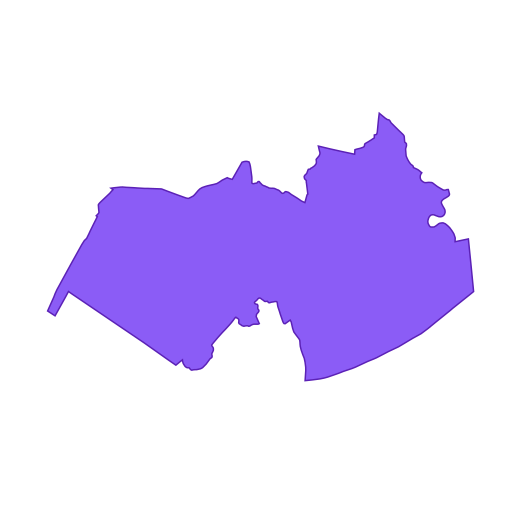 Chau Thanh, Kiên Giang, Vietnam (Mercator projection), rotated 264°
{"feature_id": "81297802B94247950786042", "entity_name": "Chau Thanh", "entity_type": "district", "adm_level": 2, "iso_a3": "VNM", "parent_name": "Vietnam", "parent_adm1": "Kiên Giang", "projection": "mercator", "projection_center": [105.182, 9.959], "detail": "fine", "context": "isolated", "style": "filled", "palette": "violet", "viewbox_px": 512, "rotation_deg": 264, "n_neighbors": 0, "source": "geoboundaries", "source_scale": "gbopen_adm2", "svg_char_len": 6144}
<svg xmlns="http://www.w3.org/2000/svg" viewBox="0 0 512 512"><g transform="rotate(264 256 256)"><path d="M197.9,468.7L226.0,468.9L250.8,469.0L249.4,455.5L251.2,455.7L252.9,456.0L253.8,455.9L257.3,455.1L260.1,453.8L263.9,451.6L266.2,449.7L268.2,447.7L269.0,446.3L269.3,445.8L269.5,444.6L269.4,442.4L269.3,441.9L269.0,441.1L267.2,438.2L266.3,436.3L266.3,435.4L266.4,434.1L266.5,433.1L266.9,432.3L267.8,431.6L269.5,430.9L270.3,430.6L271.2,430.5L272.6,430.5L273.9,430.9L275.6,431.6L276.6,432.2L277.3,432.9L277.9,433.5L278.3,434.2L278.5,434.8L278.6,435.6L278.5,436.4L278.3,437.4L277.5,438.8L276.0,441.9L275.7,443.5L275.8,445.0L276.2,445.9L276.6,446.6L277.2,447.3L277.8,447.8L278.8,448.3L279.6,448.6L280.3,448.7L281.0,448.7L281.7,448.7L282.4,448.6L283.7,448.1L285.9,447.1L287.9,446.3L289.3,445.9L290.2,446.0L290.8,446.2L291.6,446.7L292.3,447.5L293.2,448.9L294.2,451.2L295.3,453.4L296.0,454.3L296.8,454.8L297.6,454.9L298.7,454.7L300.1,454.5L302.0,454.2L302.1,452.7L301.7,451.2L301.8,450.2L302.1,449.1L305.3,444.7L306.6,443.1L310.2,439.3L310.7,438.4L311.2,435.5L311.2,432.4L311.5,431.1L312.2,430.0L314.0,428.2L315.4,427.7L316.5,427.5L318.4,427.7L319.4,428.1L319.9,428.4L320.6,428.8L321.4,429.6L321.9,429.1L323.8,427.3L324.9,426.1L325.8,424.7L327.5,421.8L328.3,421.8L329.2,421.5L329.7,421.1L330.8,419.8L331.6,419.2L333.3,418.2L335.7,417.1L337.4,416.5L339.7,415.8L341.1,415.8L345.4,415.9L347.0,416.0L347.7,416.3L349.9,417.2L351.6,417.3L352.0,417.3L352.4,417.1L352.7,416.8L353.4,416.1L353.6,415.9L354.5,415.8L355.3,415.8L358.5,415.9L359.3,415.9L359.9,415.8L360.6,415.5L361.5,414.9L363.5,413.2L366.7,410.5L371.1,406.9L374.4,404.2L376.3,403.4L377.0,402.9L377.3,402.7L377.4,402.4L377.6,402.0L377.9,401.1L378.1,400.7L379.7,398.8L385.1,393.5L379.5,392.2L366.3,389.5L364.3,388.6L364.0,386.3L361.1,386.0L358.1,380.1L356.4,376.3L355.9,375.8L353.9,375.2L353.4,374.8L353.2,374.4L352.8,373.3L352.2,370.7L351.8,367.5L351.4,365.5L346.9,364.7L350.9,352.4L354.8,340.8L358.8,329.5L354.5,330.0L352.7,330.3L351.9,330.4L351.2,330.3L350.6,330.1L349.8,329.7L349.0,329.2L346.1,326.2L345.7,325.9L345.1,325.9L343.7,325.9L342.5,325.8L341.6,325.5L341.1,325.1L339.6,323.7L337.9,320.8L337.7,319.9L336.8,319.0L336.8,317.7L336.7,317.1L336.1,316.7L332.9,315.1L332.0,314.1L331.4,313.2L330.7,312.6L330.0,312.2L329.1,312.2L328.2,312.3L327.4,312.6L325.8,313.9L324.0,313.7L323.6,313.8L323.2,313.8L312.1,314.0L311.8,313.4L311.1,313.0L304.0,310.2L305.9,307.0L309.3,303.0L313.6,297.4L315.6,295.3L316.1,294.6L316.5,293.6L316.7,293.1L316.9,292.5L316.9,291.9L316.6,291.3L316.2,290.9L315.9,290.5L315.7,290.1L315.6,289.8L315.5,289.4L315.5,289.1L315.6,288.8L315.8,288.4L316.2,287.9L317.1,287.2L318.0,286.5L318.6,285.9L319.2,285.2L319.7,284.1L320.8,282.2L321.1,281.7L321.4,281.0L321.6,279.9L321.7,279.2L321.8,278.0L322.2,276.4L322.3,276.0L323.2,274.8L323.7,273.7L324.5,272.5L325.3,270.7L326.1,269.6L327.0,268.9L328.3,267.9L328.5,267.6L329.3,267.3L329.7,266.9L329.8,266.4L329.8,266.0L329.5,265.5L329.0,265.1L328.6,264.6L328.4,264.1L328.4,262.5L328.2,261.5L328.2,260.7L328.5,260.1L328.8,259.7L329.1,259.5L333.3,260.0L335.3,260.1L342.4,259.9L345.4,259.8L348.1,259.5L350.3,258.9L351.0,257.1L351.2,256.0L351.2,254.6L351.1,253.6L350.7,251.9L334.7,240.4L335.7,237.8L336.3,236.5L336.9,235.6L335.0,230.3L333.2,227.0L332.1,224.6L331.6,221.4L331.2,217.8L330.8,214.7L330.4,212.6L329.7,209.6L328.6,207.2L327.2,205.4L323.5,201.5L322.3,200.0L321.3,197.6L320.4,195.1L320.4,194.4L320.6,193.8L321.0,192.5L324.8,184.6L329.6,174.9L332.3,169.6L332.6,168.9L334.6,154.9L334.9,152.1L336.1,144.8L336.7,141.5L337.9,133.9L338.5,130.8L338.7,128.7L338.7,127.2L338.7,122.3L338.6,118.9L336.9,120.7L335.7,119.3L334.8,118.3L333.8,117.3L327.6,109.2L325.5,106.5L324.2,105.1L323.3,104.5L322.1,104.5L319.2,104.4L315.8,104.4L315.1,104.0L314.4,103.3L312.7,101.3L311.7,102.3L305.0,98.0L298.5,93.9L295.3,92.0L291.2,89.4L289.3,86.9L285.5,83.9L267.0,70.9L243.3,54.5L239.6,52.3L236.4,50.7L223.1,43.0L217.5,49.9L235.3,62.4L240.3,65.8L238.0,68.4L181.2,135.8L161.9,157.8L155.8,164.9L156.8,166.4L158.8,169.4L160.4,172.0L158.7,172.0L156.7,172.4L154.2,173.6L153.3,174.2L152.7,174.9L152.1,175.8L151.9,177.1L151.8,177.8L151.3,178.2L150.2,178.8L149.8,179.2L149.3,179.8L149.2,180.3L149.4,182.3L149.2,185.2L149.6,188.8L150.0,190.1L150.6,191.3L153.7,195.1L158.2,199.2L158.7,199.7L159.0,200.3L159.3,200.8L159.5,201.2L159.8,201.5L160.3,201.8L161.5,201.9L162.5,201.8L163.2,201.8L163.6,201.9L164.5,202.5L166.0,203.4L166.9,203.8L168.0,203.9L169.0,203.9L169.9,203.5L171.6,202.6L172.2,202.7L172.5,203.0L173.2,203.6L178.8,209.4L183.4,214.5L186.1,217.7L190.0,222.1L192.3,224.6L194.7,226.9L196.1,228.1L196.8,228.9L197.2,229.6L196.6,230.0L196.1,231.0L195.4,231.7L194.7,232.2L193.4,232.2L191.4,231.8L190.4,232.2L189.3,233.6L188.1,234.9L187.4,236.6L187.6,238.2L187.6,239.1L187.6,239.8L187.4,240.5L186.9,241.4L186.9,242.0L187.1,242.8L187.8,244.1L188.3,245.7L188.4,246.9L188.0,250.8L188.1,251.5L188.4,252.2L194.7,250.2L195.5,249.9L196.2,249.9L196.9,250.2L197.6,250.3L198.3,250.8L199.9,252.5L200.6,253.0L201.2,253.2L202.0,253.1L202.9,252.5L203.6,252.3L204.3,252.3L205.5,252.6L206.5,252.7L207.3,252.5L207.8,252.2L208.0,251.4L208.5,250.3L208.9,249.9L209.3,249.7L209.8,249.6L210.2,249.8L210.8,250.5L211.2,251.1L211.7,251.9L213.5,253.8L213.8,254.6L213.8,255.4L213.4,256.2L212.2,257.4L211.4,258.4L210.7,259.1L210.0,259.8L209.8,260.4L209.8,262.4L209.7,262.7L209.1,263.1L208.5,263.4L208.1,264.1L208.1,264.9L208.4,266.1L208.5,266.9L208.5,267.9L208.6,268.9L208.7,269.8L208.7,270.5L208.6,271.1L208.5,271.6L208.1,272.1L206.6,272.3L205.1,272.3L203.1,272.5L198.6,273.5L195.5,274.1L188.1,275.8L186.9,276.2L185.9,276.8L185.6,277.9L188.7,283.3L186.8,284.1L180.1,284.9L176.5,285.7L172.7,287.9L169.3,290.0L167.7,290.7L165.6,290.7L163.9,290.6L161.4,290.6L157.8,291.1L153.1,292.2L149.2,293.3L145.1,293.7L140.2,293.8L136.8,293.5L126.9,291.8L126.9,298.7L127.1,306.8L127.5,310.9L128.1,314.7L129.9,322.4L130.8,326.2L132.1,330.8L133.1,335.3L134.1,339.8L135.1,343.3L139.5,356.1L141.4,362.7L142.2,365.2L147.2,377.9L150.8,388.2L152.5,391.9L157.7,403.1L161.5,412.1L165.8,419.3L171.2,427.5L181.3,443.1L183.5,446.3L195.3,464.7L197.9,468.7Z" fill="#8b5cf6" stroke="#5b21b6" stroke-width="1.5"/></g></svg>